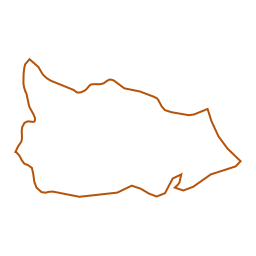 Saint Thomas, Equal Earth projection
{"feature_id": "JAM-1383", "entity_name": "Saint Thomas", "entity_type": "Parish", "adm_level": 1, "iso_a3": "JAM", "parent_name": "Jamaica", "parent_adm1": "", "projection": "equal_earth", "projection_center": [-76.493, 17.967], "detail": "fine", "context": "isolated", "style": "outline", "palette": "amber", "viewbox_px": 256, "rotation_deg": 0, "n_neighbors": 0, "source": "natural_earth", "source_scale": "10m", "svg_char_len": 1187}
<svg xmlns="http://www.w3.org/2000/svg" viewBox="0 0 256 256"><path d="M207.6,109.0L211.4,121.0L218.5,136.4L227.5,148.6L240.6,161.2L235.6,166.4L210.8,174.4L193.3,186.7L183.3,190.5L174.8,187.6L178.1,184.5L179.5,182.3L181.3,174.4L172.7,178.5L165.0,193.2L156.6,196.5L149.2,193.7L140.5,188.6L131.7,185.7L117.3,192.6L79.5,196.8L52.9,191.6L49.0,191.8L45.4,192.7L41.5,192.1L36.5,187.6L34.3,181.8L33.3,174.3L31.9,167.9L28.1,165.2L24.3,163.7L21.7,160.1L19.5,155.8L16.5,152.4L15.4,152.0L18.2,146.2L21.3,141.7L21.8,139.7L22.0,136.9L21.7,130.8L22.2,127.1L24.4,123.0L26.2,121.9L28.2,121.3L32.9,121.9L34.3,121.6L35.0,120.3L35.0,118.1L33.5,114.4L30.0,108.1L29.1,106.0L26.5,93.9L25.2,91.0L24.1,87.4L23.4,83.4L23.6,73.7L24.2,68.5L25.1,64.4L29.5,59.2L38.5,67.1L42.1,73.4L43.0,74.6L44.0,75.7L47.2,78.5L50.8,80.7L73.5,89.9L76.9,92.4L78.7,92.6L81.0,92.3L84.9,90.5L86.7,88.9L88.9,86.3L89.8,85.3L91.0,84.5L92.9,84.2L99.7,84.2L102.1,83.8L103.8,83.2L107.0,80.9L109.4,79.6L111.4,79.7L113.8,80.5L124.3,88.3L140.0,91.5L154.2,96.9L156.8,98.3L157.7,99.2L158.5,100.4L161.6,106.2L163.0,108.0L164.9,110.1L171.4,112.2L188.9,115.2L193.9,114.5L207.3,109.1L207.6,109.0Z" fill="none" stroke="#b45309" stroke-width="2"/></svg>